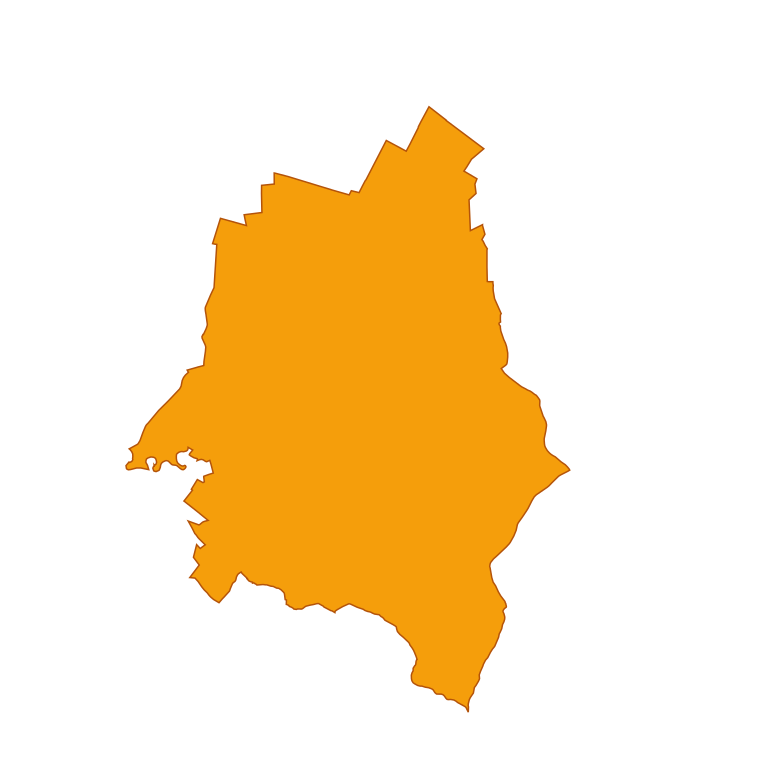 outline of Ozun, Covasna, Romania, rotated 26°
{"feature_id": "2599482B7707207795869", "entity_name": "Ozun", "entity_type": "district", "adm_level": 2, "iso_a3": "ROU", "parent_name": "Romania", "parent_adm1": "Covasna", "projection": "orthographic", "projection_center": [25.876, 45.801], "detail": "fine", "context": "isolated", "style": "filled", "palette": "amber", "viewbox_px": 768, "rotation_deg": 26, "n_neighbors": 0, "source": "geoboundaries", "source_scale": "gbopen_adm2", "svg_char_len": 6158}
<svg xmlns="http://www.w3.org/2000/svg" viewBox="0 0 768 768"><g transform="rotate(26 384 384)"><path d="M603.6,642.0L601.5,637.2L600.6,636.1L599.9,634.3L599.1,630.6L599.0,629.0L599.1,627.5L599.8,622.6L598.3,617.2L598.8,614.7L599.2,609.5L599.1,607.5L599.0,606.9L597.1,603.7L596.7,599.9L596.5,594.4L596.2,592.2L596.3,587.6L597.2,584.5L597.3,578.4L597.7,574.7L598.5,571.4L598.4,569.0L598.0,561.4L597.1,558.0L597.2,556.4L597.1,552.4L596.0,548.2L596.0,545.2L595.6,542.7L595.0,541.1L594.4,540.1L592.5,537.9L591.0,536.7L590.4,535.8L590.4,534.7L590.7,533.1L591.7,531.0L591.6,530.6L591.4,530.1L590.7,529.3L589.7,528.0L588.5,527.1L588.0,526.4L581.8,523.3L577.9,520.7L572.8,516.5L568.9,514.2L565.7,510.7L560.0,502.8L559.0,501.7L558.3,499.6L558.1,497.7L559.1,493.1L560.4,490.0L565.3,477.0L566.6,472.7L566.9,470.8L567.3,463.8L566.9,457.5L565.5,451.9L565.5,449.9L566.7,442.8L567.7,435.5L568.0,432.5L568.1,424.0L568.5,419.5L569.5,416.7L575.9,405.4L577.0,403.0L578.0,399.8L581.3,390.4L582.6,388.3L587.6,381.7L588.7,380.0L587.6,379.2L585.2,378.1L582.4,377.1L577.5,376.4L569.9,374.4L567.3,374.3L565.0,374.0L563.0,373.5L560.0,372.3L557.1,370.4L555.8,369.3L554.6,367.7L552.6,364.3L551.9,362.7L550.0,355.3L548.4,350.4L547.8,349.2L546.0,346.9L542.4,344.0L541.1,343.1L534.4,336.3L533.4,335.2L531.6,331.1L530.8,330.0L528.9,328.9L525.9,327.4L524.0,327.3L520.7,326.6L518.4,326.3L515.6,326.5L513.7,326.3L509.2,326.2L507.2,325.9L493.7,323.2L487.6,321.5L482.6,318.7L485.2,313.7L485.6,312.1L485.1,310.2L483.4,305.6L481.6,301.9L477.8,296.7L475.3,294.1L472.2,291.6L465.8,285.2L463.9,282.4L463.2,281.0L461.8,280.3L461.2,279.8L460.8,279.1L460.8,278.5L461.6,277.2L460.3,275.0L458.6,271.4L458.3,270.5L458.5,269.4L446.0,258.9L441.4,252.5L439.9,249.8L439.0,247.5L437.8,245.8L437.0,244.3L433.4,246.1L431.9,246.6L425.2,233.6L417.7,218.2L417.6,217.2L414.3,215.2L410.5,212.2L408.7,211.3L409.1,205.2L403.0,198.3L402.7,197.6L394.4,208.3L379.7,181.2L383.2,172.4L378.1,164.5L377.6,158.8L362.5,157.6L363.2,152.8L364.1,143.6L370.6,128.8L324.3,119.9L324.3,119.6L302.9,115.1L302.2,132.2L302.1,137.6L302.5,139.3L302.4,140.0L302.2,156.9L301.9,165.0L279.3,164.1L278.3,208.4L278.0,209.5L277.8,215.9L277.7,222.9L269.9,224.6L269.8,229.3L253.4,232.2L206.8,239.6L193.4,242.3L192.8,242.5L197.7,252.4L186.9,259.1L190.4,266.5L199.1,283.4L184.1,293.2L187.2,297.3L190.9,301.9L164.4,306.8L168.4,333.0L170.9,332.4L172.5,331.8L189.0,371.9L189.1,379.9L189.8,393.3L190.2,394.5L191.4,396.6L193.8,399.9L193.9,400.1L199.0,407.7L199.5,409.1L199.9,412.3L200.0,418.7L199.6,418.8L199.6,421.2L200.5,422.6L206.2,427.3L207.6,428.9L209.2,433.0L212.3,442.6L213.9,446.4L210.4,449.4L209.4,450.2L208.7,450.9L201.0,457.8L203.1,459.2L201.6,463.0L201.0,466.0L201.1,469.3L202.6,474.9L202.5,478.0L197.5,493.9L193.1,506.5L189.1,522.7L188.4,524.7L188.2,526.7L188.6,533.5L189.5,541.8L189.2,545.0L189.0,546.0L188.3,547.1L183.4,554.0L185.1,554.5L187.0,555.5L188.8,557.0L190.1,559.4L190.8,561.4L191.3,561.9L191.4,563.0L191.2,564.2L189.9,565.9L189.0,565.9L187.9,570.5L189.6,572.9L190.3,573.2L191.8,573.2L193.7,572.0L198.4,568.0L202.2,566.1L210.1,564.1L207.1,560.8L204.3,558.8L203.7,557.4L203.4,555.5L204.3,553.9L206.4,551.8L208.8,550.9L210.3,550.8L211.6,551.3L212.7,552.4L213.9,554.0L214.2,555.7L214.2,556.0L213.5,557.5L213.1,557.5L212.7,557.3L213.5,558.7L213.1,558.9L213.0,560.2L213.3,561.2L215.1,563.0L216.6,562.9L217.6,562.6L219.6,560.3L219.7,559.7L219.5,557.1L218.7,554.3L218.8,552.6L219.4,551.1L220.7,549.4L221.7,548.4L223.0,548.0L224.1,547.9L227.8,549.2L228.8,549.4L229.7,549.3L232.5,548.3L233.7,548.2L238.0,549.3L239.6,549.5L240.5,549.3L241.3,548.9L241.8,548.1L242.2,547.1L242.4,546.0L242.2,545.1L241.4,544.5L240.6,544.5L239.8,545.5L238.5,546.2L237.3,546.3L235.7,546.1L233.4,545.5L231.6,544.2L230.1,542.1L229.0,539.9L228.4,538.3L228.5,537.4L229.6,535.2L230.6,534.2L231.7,533.4L233.6,532.7L235.6,531.0L236.1,530.2L236.4,529.3L236.2,528.1L235.7,526.8L241.0,527.2L239.9,531.8L240.0,533.0L241.9,533.4L245.6,533.6L248.8,533.0L249.4,533.5L249.6,534.9L251.4,532.9L252.9,531.8L254.8,531.4L257.4,531.8L258.7,531.6L260.9,529.0L263.7,532.0L269.6,538.9L266.3,542.0L262.5,545.9L262.6,546.4L265.4,550.7L264.5,552.0L258.1,551.7L257.0,563.1L258.4,563.4L255.5,576.9L270.8,580.2L285.7,583.7L282.8,586.2L281.8,587.3L281.3,588.2L280.0,591.1L279.4,591.8L268.1,593.0L274.8,597.7L279.5,601.3L281.5,602.1L284.0,603.5L285.7,604.2L293.8,606.9L290.9,612.4L286.0,610.5L288.7,623.3L297.3,627.7L294.3,643.1L299.2,641.3L303.5,643.0L309.1,646.2L312.7,647.9L316.7,649.2L319.2,650.5L321.4,651.4L325.3,652.4L331.6,652.9L332.9,647.9L333.7,645.5L335.8,638.2L335.9,637.5L335.6,635.5L335.3,630.1L335.5,628.9L336.6,626.7L336.7,625.1L336.0,622.2L336.0,620.2L336.1,619.2L336.5,618.1L338.0,615.6L339.5,616.5L346.4,618.7L346.2,619.1L348.9,620.2L350.6,620.2L352.7,619.8L353.1,620.6L354.1,619.9L355.3,619.9L355.7,620.1L356.6,620.0L357.9,620.4L363.1,617.3L365.7,616.4L366.7,615.9L370.9,615.3L373.2,614.5L376.9,614.5L378.9,613.8L381.8,614.1L385.3,615.3L386.1,615.8L387.0,617.0L389.7,621.1L391.0,620.9L392.8,624.9L393.1,624.8L395.4,624.8L396.4,625.4L398.6,625.2L400.2,625.3L401.6,625.8L404.1,625.0L404.9,624.1L408.6,622.4L409.3,621.6L410.8,618.6L411.4,617.8L414.6,615.1L417.3,613.1L419.6,611.1L420.7,610.4L421.6,610.0L426.8,610.3L427.9,610.8L429.4,610.8L435.7,611.0L436.6,610.7L440.1,611.0L439.7,609.9L440.1,608.7L441.4,606.6L444.5,602.1L448.8,596.9L450.3,596.5L457.7,596.4L464.1,595.6L466.1,595.9L469.1,595.6L471.3,595.0L472.5,594.9L473.7,595.0L476.3,594.9L480.9,593.5L483.2,594.3L484.9,594.4L486.2,594.8L488.4,595.9L497.6,596.3L500.6,596.6L501.5,596.9L502.9,598.8L504.6,600.6L508.0,602.1L512.1,603.1L519.4,605.4L520.6,606.1L521.7,607.2L524.8,608.8L527.3,610.4L529.2,612.0L532.6,615.1L534.5,617.1L534.2,617.4L534.4,619.2L535.4,622.0L535.4,623.2L535.1,623.8L534.8,626.7L535.9,629.0L535.8,631.3L536.2,633.7L537.9,636.9L539.2,638.5L541.1,639.7L542.7,640.0L546.3,640.2L548.8,639.7L550.6,638.9L554.0,638.4L557.3,637.4L560.4,637.1L562.1,637.3L565.1,639.1L567.0,639.6L567.7,639.4L571.4,637.6L573.2,637.4L574.7,637.8L577.6,639.4L578.9,639.8L580.1,639.5L582.2,638.3L585.3,637.4L587.7,637.5L589.8,638.0L597.9,638.4L599.4,638.7L603.6,642.0Z" fill="#f59e0b" stroke="#b45309" stroke-width="1.5"/></g></svg>